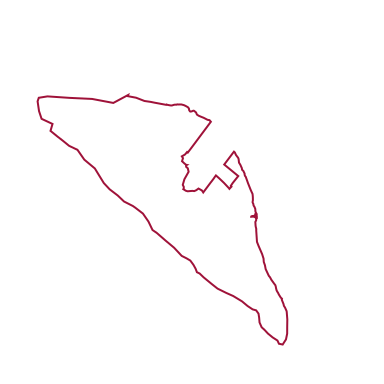 'Eua Prope, Eua, Tonga (Natural Earth projection), rotated 137°
{"feature_id": "48082658B54870744689581", "entity_name": "'Eua Prope", "entity_type": "district", "adm_level": 2, "iso_a3": "TON", "parent_name": "Tonga", "parent_adm1": "Eua", "projection": "natural_earth1", "projection_center": [-174.946, -21.37], "detail": "fine", "context": "isolated", "style": "outline", "palette": "rose", "viewbox_px": 384, "rotation_deg": 137, "n_neighbors": 0, "source": "geoboundaries", "source_scale": "gbopen_adm2", "svg_char_len": 3396}
<svg xmlns="http://www.w3.org/2000/svg" viewBox="0 0 384 384"><g transform="rotate(137 192 192)"><path d="M133.8,192.9L149.7,190.1L148.5,181.1L147.3,172.1L156.1,170.8L159.5,170.0L159.5,169.0L162.5,168.8L162.4,169.4L162.4,172.4L162.4,175.4L162.4,176.8L162.8,183.6L163.2,187.8L164.9,187.5L167.1,187.0L171.1,186.3L171.3,186.3L184.1,184.0L183.7,186.3L184.2,188.0L184.9,190.1L187.6,190.4L189.7,191.1L191.0,192.6L194.7,195.5L195.7,197.2L196.4,200.0L195.7,200.1L194.5,201.4L193.9,203.5L188.9,206.5L180.7,209.1L178.9,212.2L179.1,214.4L178.2,215.5L177.3,215.3L177.8,216.0L178.1,218.3L178.3,221.3L175.5,222.9L175.1,225.0L172.0,224.3L171.4,224.2L168.3,224.6L168.2,223.7L161.8,224.8L130.3,230.5L130.2,232.6L130.5,233.0L131.4,234.2L132.5,237.3L132.9,238.4L133.9,240.5L135.1,243.2L135.6,245.3L134.8,247.4L135.1,249.9L135.4,250.4L136.1,250.8L137.1,251.1L138.2,251.8L138.5,252.4L138.2,253.9L137.4,255.0L137.2,256.1L137.2,256.9L138.0,259.4L138.7,261.1L140.1,263.3L142.1,265.1L143.1,266.2L143.6,266.3L145.4,267.9L147.7,269.0L148.8,270.1L150.6,272.6L150.9,273.3L151.4,273.3L156.2,279.8L158.5,282.9L160.7,286.0L164.7,291.0L168.6,299.1L173.6,305.9L172.5,306.5L188.8,310.8L201.6,328.2L217.3,344.3L232.5,360.5L239.8,365.4L243.1,363.6L248.7,355.5L252.1,348.1L247.6,336.9L253.8,333.2L252.6,324.5L251.5,317.7L250.4,309.6L247.0,300.9L248.7,289.1L247.0,275.5L250.4,258.7L250.4,250.1L248.7,240.1L248.2,231.4L244.8,222.1L244.2,219.3L242.6,209.7L244.0,200.1L246.8,191.1L245.7,186.2L244.5,174.7L243.1,163.5L243.1,160.1L243.1,152.3L241.2,147.1L240.0,143.0L240.6,137.8L241.7,133.4L243.1,130.0L242.0,127.2L241.7,121.6L240.3,111.1L239.2,103.9L235.8,94.9L232.8,87.8L230.0,77.9L229.1,70.7L227.7,64.8L225.8,61.7L226.3,57.7L228.6,54.3L231.6,50.5L233.3,45.6L233.0,41.5L233.0,36.6L232.2,30.7L230.8,25.1L231.9,21.7L229.7,18.6L223.8,20.1L219.0,23.5L214.4,28.4L209.2,33.8L204.5,39.7L204.0,40.5L202.8,44.0L202.4,46.1L201.5,47.6L201.0,48.9L199.8,52.0L199.0,52.5L199.0,53.3L199.1,54.2L198.4,57.8L197.8,59.7L197.6,61.0L197.2,62.4L196.1,64.4L195.3,65.6L194.6,67.0L194.4,69.2L193.8,73.8L193.1,76.4L193.0,78.3L190.7,85.4L188.6,88.7L187.2,91.9L185.1,94.5L183.1,98.7L180.0,107.4L178.5,111.2L171.5,119.8L170.6,120.8L170.3,121.0L170.0,121.5L169.1,123.1L168.4,124.1L166.1,126.9L164.5,127.5L164.0,127.9L163.4,128.6L163.3,128.8L162.5,128.6L162.3,128.7L162.0,129.1L161.7,129.7L161.4,130.0L161.2,130.0L161.0,130.3L161.4,130.2L161.6,130.2L161.7,130.3L162.1,129.7L163.1,130.5L163.2,130.8L163.3,131.0L163.4,131.5L163.4,131.9L163.4,132.0L163.6,132.0L163.7,132.3L163.8,132.4L164.1,132.4L164.1,132.5L164.3,132.6L164.6,132.9L165.2,133.2L165.6,133.5L165.4,133.7L164.9,133.6L164.1,133.2L163.5,132.5L161.9,132.0L161.7,132.2L161.3,132.2L161.0,132.4L160.6,132.7L160.5,132.8L160.0,132.7L160.1,132.0L159.7,131.9L159.4,133.0L159.3,133.6L159.1,133.9L159.0,134.3L158.6,134.8L158.4,135.1L158.0,135.6L157.4,136.3L157.1,136.8L157.0,137.2L156.9,137.4L156.8,137.7L156.5,138.4L156.4,138.9L156.2,140.0L155.9,140.6L155.3,141.4L155.0,142.4L154.8,143.0L154.0,143.8L153.1,144.4L152.4,145.2L151.3,146.4L150.0,148.0L149.0,149.4L148.3,151.6L147.5,153.9L145.0,160.3L142.7,165.6L142.3,166.6L142.2,167.8L141.6,168.9L140.9,169.7L140.7,170.6L140.4,171.4L140.1,172.3L140.2,174.1L139.2,175.6L138.8,176.9L138.1,178.9L137.6,181.4L136.5,182.9L136.1,183.4L135.3,184.6L134.9,185.7L134.8,187.2L134.6,188.7L134.6,189.1L133.7,191.7L133.8,192.9Z" fill="none" stroke="#9f1239" stroke-width="2"/></g></svg>